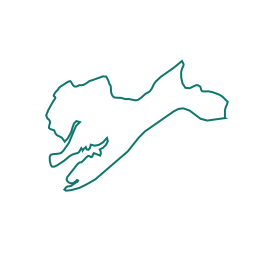 outline of Tombali, rotated 28°
{"feature_id": "GNB-778", "entity_name": "Tombali", "entity_type": "Region", "adm_level": 1, "iso_a3": "GNB", "parent_name": "Guinea-Bissau", "parent_adm1": "", "projection": "equal_earth", "projection_center": [-15.06, 11.313], "detail": "fine", "context": "isolated", "style": "outline", "palette": "teal", "viewbox_px": 256, "rotation_deg": 28, "n_neighbors": 0, "source": "natural_earth", "source_scale": "10m", "svg_char_len": 2360}
<svg xmlns="http://www.w3.org/2000/svg" viewBox="0 0 256 256"><g transform="rotate(28 128 128)"><path d="M209.0,73.7L194.5,84.2L187.8,85.8L174.3,83.7L167.5,84.7L163.6,87.5L160.6,91.8L144.5,123.2L142.0,131.5L138.8,148.7L123.2,188.8L117.7,197.5L113.1,203.8L106.8,209.7L102.6,212.5L100.7,212.2L101.2,209.3L102.3,207.8L103.8,206.8L105.2,205.4L107.6,200.5L108.6,199.3L108.6,197.8L107.4,197.8L106.7,199.9L105.9,201.6L104.7,203.0L103.0,203.8L101.1,203.9L99.3,203.4L97.9,202.1L97.4,200.1L100.3,184.0L101.3,181.3L103.0,180.1L104.0,177.2L104.8,174.0L105.8,171.5L106.7,170.9L108.8,171.1L109.6,170.7L109.8,169.9L109.5,166.9L109.6,166.2L116.4,165.4L116.1,163.6L115.3,162.1L114.2,161.0L113.1,160.2L115.3,157.1L116.5,153.0L116.4,149.1L114.1,146.7L112.6,152.5L110.2,156.6L106.9,159.2L103.0,160.2L103.9,163.7L103.2,165.9L101.5,166.3L99.7,164.7L99.4,165.8L98.9,166.7L98.6,167.7L98.5,169.2L97.9,168.6L96.2,167.7L96.1,171.9L95.2,173.9L93.5,175.3L91.3,177.6L89.4,180.8L87.0,186.9L82.8,194.5L81.0,196.8L79.0,197.8L76.9,196.6L74.4,193.7L72.5,190.4L72.3,188.0L74.1,186.3L79.0,183.1L80.7,181.3L81.5,178.8L82.8,169.2L81.1,150.7L82.8,145.4L79.2,146.1L78.2,149.4L78.8,153.6L79.6,157.4L79.8,160.7L79.6,166.0L78.5,169.8L74.2,167.6L68.5,167.7L66.8,167.0L65.5,166.1L64.6,165.2L63.9,164.7L60.1,165.4L58.1,165.0L57.2,162.5L56.8,160.1L55.6,158.5L54.0,157.6L52.2,157.4L49.8,155.1L49.2,149.7L49.4,139.3L49.8,136.9L49.7,135.4L48.8,134.8L47.8,134.7L47.3,134.5L47.1,133.8L47.0,132.4L47.2,130.1L48.1,127.2L48.3,124.9L49.1,122.9L53.2,115.5L54.9,113.7L56.0,114.0L59.3,116.0L61.2,116.5L62.8,115.8L65.1,112.9L66.7,112.2L68.4,110.9L70.3,108.0L72.0,104.5L73.5,103.1L81.6,94.2L84.5,92.9L85.3,93.3L88.3,95.3L91.0,97.9L92.3,98.6L92.9,99.0L93.4,99.6L96.0,103.9L96.7,104.8L97.7,105.8L99.5,107.0L100.8,107.3L102.0,107.4L107.9,104.6L111.8,103.8L112.7,103.5L114.2,102.5L115.0,102.1L121.3,100.2L122.8,99.3L123.7,98.4L125.5,94.8L127.4,89.6L128.4,88.0L129.1,87.0L129.6,86.2L130.0,85.3L130.2,84.2L130.4,83.0L130.5,81.7L130.3,77.6L130.6,74.9L130.8,73.6L133.0,67.3L140.3,52.9L144.2,43.5L147.1,45.5L147.8,47.4L147.8,49.9L148.6,53.5L151.3,58.5L155.3,63.1L159.8,65.6L163.7,64.0L168.1,58.1L169.7,57.4L172.4,57.6L173.0,58.1L174.8,60.0L175.9,60.6L177.3,60.4L181.9,57.8L185.6,56.7L193.1,55.7L196.8,56.0L203.8,58.1L204.4,61.3L204.4,62.9L205.2,66.7L208.9,73.7L209.0,73.7Z" fill="none" stroke="#0f766e" stroke-width="2"/></g></svg>